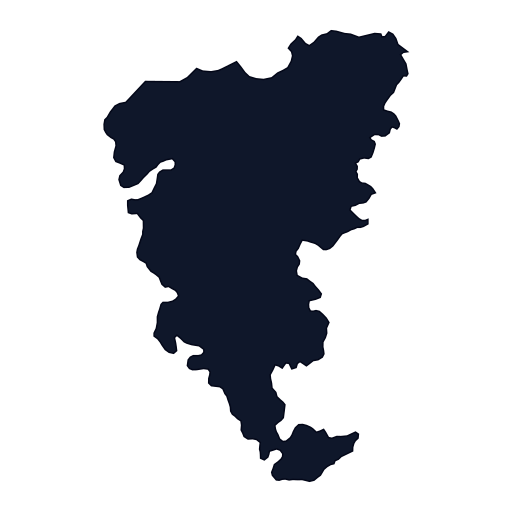 Turvelândia, Goiás, Brazil (orthographic projection)
{"feature_id": "56859067B88564210789001", "entity_name": "Turvelândia", "entity_type": "district", "adm_level": 2, "iso_a3": "BRA", "parent_name": "Brazil", "parent_adm1": "Goiás", "projection": "orthographic", "projection_center": [-50.301, -17.798], "detail": "fine", "context": "isolated", "style": "filled", "palette": "ink", "viewbox_px": 512, "rotation_deg": 0, "n_neighbors": 0, "source": "geoboundaries", "source_scale": "gbopen_adm2", "svg_char_len": 5281}
<svg xmlns="http://www.w3.org/2000/svg" viewBox="0 0 512 512"><path d="M104.9,119.7L104.1,124.3L104.3,129.5L105.7,132.2L107.3,134.6L111.2,137.6L113.8,139.0L115.7,141.7L116.1,145.8L114.4,152.0L113.8,157.6L115.9,161.5L119.6,162.9L124.3,165.0L124.5,168.8L123.3,172.1L119.9,175.7L119.0,179.6L120.8,185.4L123.9,187.4L129.1,187.2L133.7,185.3L138.0,183.5L140.9,180.4L143.3,177.6L147.0,174.0L149.3,171.3L153.0,168.8L156.0,167.1L157.9,164.5L160.2,162.1L163.0,161.2L166.1,159.8L172.3,158.6L175.2,161.8L175.3,164.8L174.2,168.0L171.0,170.1L165.8,170.1L162.9,170.1L159.6,172.1L157.9,174.4L157.3,178.6L156.5,183.7L154.4,187.8L152.0,192.8L148.4,195.2L142.1,198.1L137.9,199.8L135.0,199.9L131.4,199.2L127.7,200.8L127.7,205.4L128.4,212.6L131.8,213.8L137.3,213.4L140.7,217.9L143.4,220.5L143.5,228.2L142.8,231.5L142.8,234.4L141.1,238.8L138.9,245.6L137.5,249.1L136.9,252.4L137.5,257.0L140.0,259.7L143.6,261.6L146.2,263.2L147.3,266.6L151.0,271.3L153.7,272.9L156.0,274.5L159.2,277.2L160.7,281.1L162.0,284.3L165.2,287.1L168.6,286.4L171.9,288.4L175.4,290.3L177.3,292.5L178.6,296.0L175.8,299.2L172.7,301.2L168.0,302.4L163.0,302.4L161.1,304.4L159.7,309.3L158.7,312.1L157.4,316.8L157.4,322.7L156.3,328.5L154.1,333.1L154.1,336.1L157.7,338.7L160.3,342.0L162.2,345.2L165.3,349.6L169.1,352.3L173.6,353.3L176.6,350.7L176.1,346.6L175.6,343.2L174.4,337.6L176.9,335.2L180.7,338.3L184.2,341.8L186.8,343.1L191.7,344.6L195.4,345.2L199.2,345.8L203.8,349.3L203.9,352.3L201.5,355.0L198.2,355.7L193.2,355.7L190.3,357.2L188.2,359.9L187.4,365.6L189.5,368.5L192.5,369.7L196.5,369.6L203.6,368.5L208.2,369.1L210.1,371.9L209.8,374.8L208.8,378.4L208.7,383.0L211.4,385.7L219.8,386.7L222.9,388.8L225.0,393.7L226.9,396.1L228.1,400.0L229.4,403.5L230.4,407.0L230.7,411.1L232.4,414.2L235.0,416.1L237.6,418.7L241.0,420.9L241.6,425.1L241.2,430.0L242.8,433.1L244.1,436.5L248.0,439.0L252.6,438.7L256.6,439.5L260.3,442.5L259.9,446.0L259.6,449.2L260.3,451.9L260.5,454.6L260.6,458.2L264.3,459.9L267.8,457.1L268.8,454.2L269.4,451.2L272.7,450.2L276.6,448.9L280.2,450.2L282.8,453.7L282.6,456.6L281.2,459.0L278.2,461.8L274.4,464.6L273.1,468.7L271.7,472.3L272.4,475.3L274.2,477.4L276.3,479.9L279.2,480.2L282.3,479.2L285.3,479.0L289.1,479.9L292.9,479.4L297.8,479.6L302.2,479.5L305.5,480.3L309.5,481.3L314.0,480.2L317.5,477.3L320.4,475.2L322.0,472.5L323.9,469.3L327.0,466.6L330.6,464.5L333.9,463.7L335.0,460.7L338.4,459.2L341.2,456.5L352.6,451.0L352.7,447.2L353.8,443.3L355.3,440.7L358.0,438.2L358.4,434.1L355.5,432.1L351.0,434.2L347.2,436.0L340.9,436.6L336.8,436.5L331.9,438.3L328.5,437.6L325.6,432.4L323.6,429.4L320.3,431.0L316.4,432.3L312.7,428.8L310.5,427.3L306.5,425.5L302.6,424.5L298.7,424.7L295.4,427.8L293.4,431.6L292.1,434.9L290.4,437.7L286.1,441.2L282.8,441.5L279.6,439.0L277.8,434.5L276.3,431.9L275.4,429.1L274.8,425.4L278.0,422.4L280.9,420.4L283.3,417.7L284.2,410.6L284.9,404.7L282.9,402.2L280.2,399.9L276.9,396.7L275.8,392.4L272.0,388.1L271.5,383.2L270.5,378.7L270.1,374.8L272.8,369.8L275.1,364.8L278.7,365.9L282.2,368.1L283.8,365.7L285.8,363.0L289.1,363.3L291.8,368.9L296.1,367.5L297.3,363.5L300.0,361.5L303.2,363.6L306.4,365.8L309.7,363.3L313.1,360.6L318.1,359.7L322.3,357.1L323.9,353.9L323.5,350.5L322.8,347.0L322.9,342.0L325.3,337.6L326.7,333.2L326.4,328.1L328.9,322.5L326.2,318.1L322.7,314.4L319.3,311.4L316.0,310.6L313.1,311.3L310.4,311.1L308.7,307.8L308.5,304.3L309.2,300.7L315.6,299.2L320.2,297.4L321.3,293.9L318.5,290.1L315.1,286.3L313.0,283.5L309.7,281.2L306.8,278.9L302.2,278.2L297.1,275.4L296.3,270.8L297.3,267.0L299.2,264.1L299.6,260.8L297.6,256.7L295.4,254.5L295.9,251.3L298.2,248.4L300.1,244.0L302.2,240.1L307.5,240.9L310.3,241.9L312.8,242.6L315.3,243.4L318.3,245.2L321.0,247.5L323.4,249.5L326.2,249.6L329.7,248.4L332.8,245.9L337.6,239.6L339.9,236.3L342.1,233.7L348.1,231.3L350.9,229.7L354.3,228.7L357.2,227.3L360.5,227.3L363.4,226.4L367.9,223.9L367.9,219.4L365.2,220.5L362.0,220.5L358.9,218.7L356.5,216.5L353.8,213.9L349.9,210.0L351.1,206.2L355.3,205.3L359.1,203.3L363.1,202.9L366.0,201.9L368.9,198.4L371.2,194.3L375.4,192.8L372.7,188.7L370.7,186.6L367.7,184.8L365.2,183.4L361.8,183.1L359.4,181.6L357.2,177.8L357.3,174.2L355.8,171.6L357.1,169.2L357.2,166.3L355.3,163.1L358.1,161.8L359.7,159.0L364.1,157.9L368.4,158.5L371.1,157.0L372.9,152.6L374.3,148.0L375.2,144.1L374.2,141.5L371.2,139.9L369.8,137.6L374.4,134.5L378.7,134.6L381.5,136.1L385.1,135.9L389.3,132.8L390.2,129.1L392.0,126.9L394.5,127.7L396.9,129.0L398.9,126.6L399.4,123.7L398.3,121.1L395.7,116.0L393.8,113.9L391.1,112.1L387.3,111.2L383.6,109.9L383.5,106.3L384.9,103.0L386.5,100.6L390.3,95.3L393.5,92.4L395.1,88.3L396.5,84.7L398.8,82.3L401.1,79.1L403.3,75.8L406.5,76.0L407.9,73.7L407.1,70.2L405.9,63.9L400.5,54.7L403.3,52.3L407.5,51.7L397.9,44.5L395.8,38.5L392.8,34.2L388.7,32.0L385.2,36.6L381.9,36.9L380.8,34.0L374.7,33.5L358.9,37.3L350.6,34.2L344.6,33.6L336.3,31.3L331.2,30.7L327.1,33.8L321.7,35.1L318.5,37.2L314.1,42.3L309.3,45.7L305.3,43.5L301.1,38.5L297.8,36.3L295.6,39.8L291.0,44.1L288.4,48.2L291.6,51.6L292.6,55.8L291.3,61.3L287.8,67.7L283.2,70.4L277.7,73.0L271.8,77.8L263.6,79.5L256.2,78.8L249.2,76.7L244.9,72.6L240.8,67.0L236.5,61.7L222.1,68.9L218.2,70.6L211.1,71.8L202.7,71.1L196.6,68.5L187.4,77.6L179.8,81.8L145.4,81.5L125.8,102.4L119.6,103.6L115.0,106.0L110.4,112.0L107.2,117.5L104.9,119.7Z" fill="#0f172a" stroke="#020617" stroke-width="1.5"/></svg>